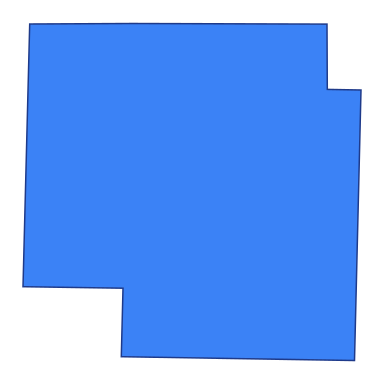 Macon, Missouri, United States of America
{"feature_id": "52423323B33706621992499", "entity_name": "Macon", "entity_type": "district", "adm_level": 2, "iso_a3": "USA", "parent_name": "United States of America", "parent_adm1": "Missouri", "projection": "equal_earth", "projection_center": [-92.511, 39.822], "detail": "fine", "context": "isolated", "style": "filled", "palette": "blue", "viewbox_px": 384, "rotation_deg": 0, "n_neighbors": 0, "source": "geoboundaries", "source_scale": "gbopen_adm2", "svg_char_len": 256}
<svg xmlns="http://www.w3.org/2000/svg" viewBox="0 0 384 384"><path d="M361.0,90.0L327.3,89.4L327.0,24.1L132.5,23.5L29.7,24.0L23.0,286.7L123.0,288.2L121.3,356.7L353.5,360.5L354.5,360.5L361.0,90.0Z" fill="#3b82f6" stroke="#1e3a8a" stroke-width="1.5"/></svg>